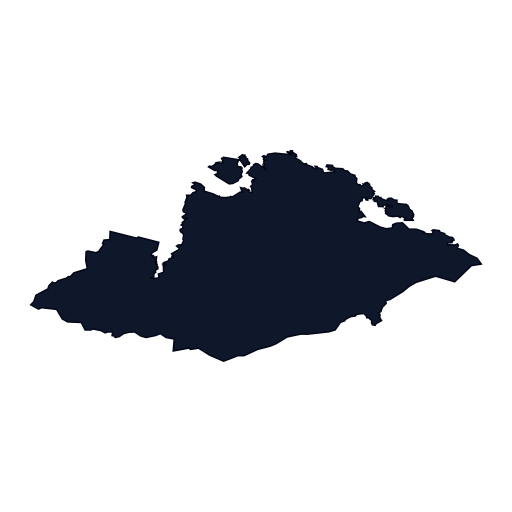 the district of Sandnes nor, Rogaland, Norway
{"feature_id": "86288312B92458440996482", "entity_name": "Sandnes nor", "entity_type": "district", "adm_level": 2, "iso_a3": "NOR", "parent_name": "Norway", "parent_adm1": "Rogaland", "projection": "equal_earth", "projection_center": [5.858, 58.872], "detail": "fine", "context": "isolated", "style": "filled", "palette": "ink", "viewbox_px": 512, "rotation_deg": 0, "n_neighbors": 0, "source": "geoboundaries", "source_scale": "gbopen_adm2", "svg_char_len": 6092}
<svg xmlns="http://www.w3.org/2000/svg" viewBox="0 0 512 512"><path d="M481.3,264.1L477.1,258.3L469.1,254.5L463.6,250.1L456.8,248.1L458.5,245.6L457.5,243.9L455.0,245.0L447.3,244.6L447.0,243.8L448.0,242.9L452.0,242.6L452.3,241.0L454.0,240.3L453.8,239.1L452.3,237.4L449.4,237.1L445.0,234.8L444.7,233.6L439.9,232.1L439.4,230.6L433.3,229.8L432.0,230.5L433.2,231.9L432.1,233.9L426.8,233.8L423.8,232.7L424.4,232.2L423.1,231.5L416.4,229.2L408.9,229.1L402.5,222.8L396.2,223.2L392.8,224.6L392.5,225.7L393.3,225.7L392.0,228.0L386.0,228.7L380.0,227.0L369.3,221.5L364.3,222.9L356.5,220.8L357.5,220.6L357.6,220.4L357.5,218.9L358.5,219.0L357.6,218.8L357.8,218.2L361.5,217.6L362.8,216.5L365.2,216.7L361.1,211.4L359.3,211.3L359.5,208.4L357.7,206.8L359.9,201.6L362.2,200.6L362.2,198.0L365.6,197.6L365.9,199.8L367.7,200.2L367.5,198.6L371.0,198.6L374.3,193.7L372.8,193.2L374.6,191.4L372.1,189.8L371.8,187.6L370.0,186.7L369.5,184.1L367.2,182.4L364.8,183.2L365.2,184.6L363.0,184.0L363.4,185.6L360.8,186.1L360.1,184.6L357.9,184.7L356.4,182.9L356.8,178.4L355.3,177.3L354.9,175.3L350.5,174.0L347.5,170.9L344.8,170.8L342.7,168.7L335.4,168.3L332.8,166.8L332.5,165.4L327.0,164.9L326.2,166.6L328.2,167.2L328.4,169.1L327.6,169.7L329.0,169.4L331.2,170.4L332.2,169.6L335.0,171.8L323.7,173.0L322.4,169.3L318.2,167.8L316.9,166.4L315.1,166.3L316.8,168.6L314.5,169.0L313.7,167.7L312.3,167.6L312.3,166.8L305.7,164.4L306.6,164.1L306.2,163.5L303.9,164.0L301.3,162.0L300.0,162.0L300.5,161.1L299.6,161.1L299.6,160.3L295.7,158.2L295.3,156.5L296.7,156.5L296.2,154.5L292.5,152.2L292.5,150.8L290.3,150.8L291.2,153.3L293.5,154.9L291.0,154.0L289.3,152.1L286.6,151.5L290.2,154.6L275.1,153.1L267.9,154.2L266.3,156.9L264.0,155.6L262.4,156.5L263.8,157.7L263.5,159.5L265.3,160.3L263.6,161.3L264.1,162.9L263.3,164.0L264.2,164.0L264.7,165.3L262.3,166.4L265.5,168.3L266.8,170.3L258.1,164.0L255.6,163.5L253.4,165.0L253.5,166.4L251.1,167.3L250.8,168.7L246.8,173.1L249.0,173.5L249.1,175.2L256.0,178.6L254.7,179.4L254.6,180.5L253.9,180.9L253.8,179.6L252.9,179.6L251.6,181.3L252.7,184.5L250.6,186.5L251.6,187.7L252.3,192.8L249.0,191.8L248.3,190.6L249.3,190.1L248.2,189.4L247.3,189.8L244.2,187.8L243.4,188.4L240.6,187.6L242.3,192.4L240.1,192.1L232.9,196.6L230.6,196.9L231.1,195.9L230.3,196.9L226.0,197.6L220.1,197.3L219.4,196.1L218.8,196.6L212.9,193.8L204.1,191.1L204.4,187.4L200.6,184.0L195.3,182.2L192.8,182.8L194.7,184.2L194.5,185.0L191.8,186.3L191.5,187.5L196.1,189.7L196.3,191.7L193.0,192.6L190.7,195.2L186.6,195.2L186.9,197.5L185.0,202.5L185.6,203.3L182.9,209.8L183.3,211.7L185.7,212.9L186.1,214.3L182.3,216.7L182.6,217.8L184.3,218.9L186.0,218.0L187.0,218.6L182.2,222.5L182.7,223.7L181.2,225.0L183.5,226.0L182.9,226.0L182.9,228.1L180.1,229.5L180.4,231.6L182.9,233.4L183.6,235.3L182.9,239.2L183.7,240.4L181.7,244.8L178.0,245.0L176.5,246.1L179.2,248.2L178.7,249.6L171.5,253.8L172.9,255.9L172.1,256.1L171.6,256.8L173.1,256.0L173.3,257.5L171.8,258.0L171.6,257.2L171.4,258.2L169.1,258.8L168.2,261.0L163.9,262.5L163.6,263.2L165.2,262.5L164.4,263.6L165.2,263.6L163.5,263.6L164.1,264.1L163.6,264.4L164.4,264.2L164.9,264.4L163.5,264.9L164.6,265.2L163.7,266.4L162.8,266.3L163.4,266.6L163.6,272.3L158.3,274.0L159.0,276.9L157.6,278.2L153.1,278.3L152.6,279.1L152.9,278.3L150.9,278.1L151.5,277.3L153.7,277.4L154.1,273.3L156.3,272.1L155.3,272.3L156.0,269.6L157.8,268.9L157.9,266.9L156.9,266.0L157.2,264.9L156.0,264.4L156.5,263.7L155.7,263.5L156.6,262.0L155.2,261.5L156.1,261.2L156.6,256.7L154.4,257.5L153.1,257.0L154.0,256.7L153.1,255.0L153.8,256.6L153.0,256.9L151.7,255.5L152.6,255.1L151.4,255.5L151.2,254.7L152.2,252.7L156.8,250.1L158.8,242.3L138.3,237.0L136.5,238.1L110.1,231.4L109.8,239.5L103.9,240.1L102.5,243.6L103.9,244.3L99.3,250.4L99.6,251.8L98.7,251.4L96.0,252.7L87.9,251.0L86.1,251.7L85.7,260.2L87.3,268.7L73.9,272.8L70.3,276.6L68.1,276.6L67.2,277.8L58.1,280.7L56.3,282.5L54.4,283.1L52.4,282.1L48.8,285.8L47.9,288.9L36.0,295.2L33.7,301.8L30.7,304.8L38.5,309.1L41.5,307.7L56.6,309.4L62.2,318.9L67.6,321.9L81.3,322.5L85.1,330.0L90.6,330.0L93.1,329.0L100.9,330.6L105.2,332.9L107.7,331.9L112.0,332.0L112.6,332.8L112.0,335.6L114.0,336.0L115.4,337.5L119.3,336.6L123.6,333.6L129.1,332.2L134.7,332.0L140.5,335.9L146.0,337.5L155.7,335.5L160.4,333.6L166.0,337.5L174.2,339.0L173.2,351.0L188.9,348.1L190.5,349.4L198.6,348.2L209.7,355.2L223.6,361.2L237.8,355.7L244.0,355.7L257.7,349.4L270.1,346.2L275.9,343.8L287.1,337.0L300.8,334.1L307.4,334.2L329.1,331.8L335.2,329.9L340.5,322.3L344.6,320.9L345.6,319.3L350.7,316.6L355.2,316.1L356.9,314.3L363.6,313.5L366.1,315.6L366.8,317.8L368.4,317.7L371.8,320.6L371.5,323.0L372.4,324.8L375.2,325.3L376.1,323.6L381.6,320.6L379.8,317.8L380.0,314.4L378.4,312.7L380.9,311.7L382.3,307.3L386.2,303.4L385.7,300.4L389.6,299.7L402.8,291.6L409.1,286.4L416.0,282.4L435.6,276.2L454.7,281.8L471.5,265.6L481.3,264.1ZM244.9,155.2L242.2,154.8L241.6,155.3L242.5,156.1L241.0,155.8L238.8,157.3L240.1,158.2L239.2,159.8L223.5,157.3L221.6,158.5L223.1,161.1L222.0,162.1L222.5,163.1L218.5,163.3L219.4,162.2L215.9,162.7L215.4,164.0L212.0,166.5L209.4,166.1L208.5,166.9L214.5,170.4L217.8,170.7L217.3,173.8L215.0,174.6L216.3,176.0L229.2,183.9L232.7,183.5L238.3,180.6L238.2,179.5L241.9,176.5L241.0,174.3L242.3,171.7L241.5,168.7L242.1,168.1L240.9,166.8L237.9,166.8L237.2,163.7L238.1,161.1L239.9,159.7L244.7,166.8L247.0,164.4L249.1,164.4L249.7,163.1L247.7,160.6L247.6,159.0L245.2,157.8L245.9,157.0L244.5,155.9L244.9,155.2ZM378.5,197.3L378.3,196.4L375.6,196.1L376.0,197.5L373.7,197.7L373.1,199.7L374.2,200.0L374.3,201.4L377.1,201.5L378.5,206.5L383.1,206.6L383.1,205.6L386.4,204.3L388.2,204.3L388.6,205.6L391.9,205.4L392.1,207.1L390.3,207.4L390.2,206.6L386.8,205.4L386.0,206.2L386.1,208.5L385.2,208.5L386.1,209.1L385.3,210.4L385.7,213.6L387.1,213.3L386.8,214.2L388.8,215.9L392.8,216.6L397.7,216.1L400.1,217.6L401.4,216.4L406.0,218.0L404.3,219.1L404.4,220.3L413.2,220.3L411.9,217.8L413.4,216.9L413.7,214.7L411.9,210.8L409.7,209.4L408.1,205.8L406.4,204.4L398.2,203.7L396.8,203.0L397.0,200.2L394.3,200.0L391.4,198.2L388.7,198.3L387.4,199.2L388.1,200.1L385.8,200.4L380.9,198.5L381.0,197.6L378.5,197.3Z" fill="#0f172a" stroke="#020617" stroke-width="1.5"/></svg>